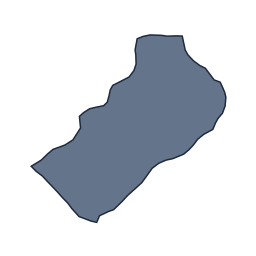 Ovgoros, Cyprus (Mercator projection), rotated 262°
{"feature_id": "46923920B72580164360540", "entity_name": "Ovgoros", "entity_type": "district", "adm_level": 2, "iso_a3": "CYP", "parent_name": "Cyprus", "parent_adm1": "", "projection": "mercator", "projection_center": [33.939, 35.382], "detail": "fine", "context": "isolated", "style": "filled", "palette": "slate", "viewbox_px": 256, "rotation_deg": 262, "n_neighbors": 0, "source": "geoboundaries", "source_scale": "gbopen_adm2", "svg_char_len": 1010}
<svg xmlns="http://www.w3.org/2000/svg" viewBox="0 0 256 256"><g transform="rotate(262 128 128)"><path d="M38.9,83.9L45.1,87.6L48.1,97.3L49.1,102.4L56.3,112.2L61.3,118.3L64.4,122.9L72.0,134.1L84.8,146.4L88.8,153.6L90.9,161.2L91.4,167.9L92.9,174.0L94.4,179.6L98.0,185.3L102.1,190.4L107.2,195.5L111.2,202.1L114.8,211.8L120.9,215.4L125.0,218.5L129.5,223.6L136.2,227.2L144.8,229.2L149.9,228.7L155.5,227.2L157.7,226.5L158.6,226.3L160.6,225.6L163.6,220.0L176.4,212.9L179.9,207.8L185.5,202.1L192.1,197.5L197.2,195.5L211.5,194.5L212.5,188.8L213.5,179.6L215.1,174.0L217.1,162.8L216.6,155.6L215.1,149.5L204.4,145.9L199.3,145.9L190.1,144.9L184.0,141.8L178.4,136.2L176.4,130.6L172.3,118.8L168.2,115.7L162.6,113.7L156.5,111.1L153.5,107.0L153.0,98.9L152.4,92.7L149.4,86.1L146.3,81.5L134.6,81.0L123.9,71.8L119.9,63.1L117.3,50.8L113.8,45.2L108.2,37.5L103.6,26.8L98.0,30.9L92.4,36.5L85.8,41.1L75.1,48.8L67.5,53.9L61.9,58.0L56.3,61.0L47.1,67.2L41.0,78.4L38.9,83.9Z" fill="#64748b" stroke="#1e293b" stroke-width="1.5"/></g></svg>